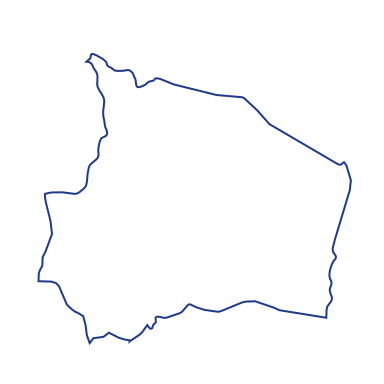 map outline of Negeri Sembilan (Mercator projection), rotated 356°
{"feature_id": "MYS-1146", "entity_name": "Negeri Sembilan", "entity_type": "State", "adm_level": 1, "iso_a3": "MYS", "parent_name": "Malaysia", "parent_adm1": "", "projection": "mercator", "projection_center": [102.11, 2.837], "detail": "fine", "context": "isolated", "style": "outline", "palette": "blue", "viewbox_px": 384, "rotation_deg": 356, "n_neighbors": 0, "source": "natural_earth", "source_scale": "10m", "svg_char_len": 2718}
<svg xmlns="http://www.w3.org/2000/svg" viewBox="0 0 384 384"><g transform="rotate(356 192 192)"><path d="M119.3,336.7L119.4,335.6L114.0,334.3L108.9,332.3L99.3,326.6L93.6,330.3L83.4,331.0L79.4,335.6L77.1,327.5L76.5,317.2L74.8,308.2L69.4,304.4L67.1,303.3L64.0,300.7L59.3,295.6L52.8,276.8L50.0,273.4L45.6,271.6L32.7,270.3L33.5,262.3L35.4,258.3L37.3,255.6L37.8,253.2L38.3,247.5L38.8,246.0L41.6,241.4L49.4,224.2L48.8,211.0L45.4,191.6L45.0,186.6L45.1,183.8L45.8,183.5L50.2,182.8L53.0,182.7L62.9,183.3L74.9,185.7L76.1,185.7L78.0,185.2L80.2,184.0L84.2,181.1L85.9,179.4L86.9,177.9L87.9,174.4L89.1,166.7L90.7,160.6L91.5,158.9L92.2,157.8L92.9,157.1L98.8,152.8L100.1,151.6L100.8,150.3L101.4,148.1L101.5,146.8L101.3,144.2L102.1,139.8L103.4,135.6L104.3,133.6L105.2,132.2L106.1,131.7L108.7,130.6L110.4,129.7L111.2,128.6L111.5,127.3L111.2,124.9L109.8,120.4L109.5,115.2L108.8,110.3L109.0,105.6L110.8,95.6L110.6,93.1L110.4,91.9L109.6,89.8L109.1,88.8L108.7,87.7L106.6,84.1L105.4,81.1L105.1,79.9L104.9,78.5L105.8,69.9L105.7,68.7L105.5,67.5L104.7,65.4L102.6,61.7L101.5,58.5L100.4,56.7L99.6,56.0L97.8,55.0L95.8,54.7L97.5,53.3L98.3,52.8L99.2,52.2L99.9,51.4L100.3,50.3L100.5,49.2L100.9,48.1L101.6,47.3L103.5,47.7L106.4,49.1L112.5,53.2L114.7,55.4L115.9,57.4L116.0,58.7L116.4,59.8L117.0,60.6L117.8,61.2L119.7,62.2L121.3,63.6L122.0,64.2L123.1,65.2L124.2,65.6L126.0,66.0L132.1,66.3L136.4,65.8L137.7,66.1L139.0,66.9L140.7,68.6L141.5,70.1L142.6,73.7L143.1,74.7L143.4,75.7L143.6,76.9L143.7,80.8L144.0,82.0L144.4,83.0L145.4,83.6L147.0,83.7L150.0,82.9L153.0,81.6L155.5,79.7L156.4,79.2L157.5,78.8L161.1,78.2L162.0,77.7L162.7,77.0L163.3,76.1L165.2,76.2L168.2,77.0L181.3,83.4L221.7,96.5L224.1,97.1L248.9,101.0L251.1,102.5L264.0,116.5L264.5,117.4L274.1,129.8L339.4,174.4L340.4,174.8L341.4,175.1L342.5,174.9L343.4,174.5L344.1,173.8L344.9,173.2L345.7,172.9L347.9,176.2L351.3,191.5L349.5,201.3L331.3,249.2L328.4,258.0L328.4,259.6L328.5,261.5L330.0,264.0L331.0,266.1L331.0,267.4L330.6,268.5L328.5,270.7L327.5,272.1L326.4,274.1L324.5,278.6L323.7,281.5L323.2,285.1L323.4,286.8L323.8,288.5L324.4,289.9L324.9,292.5L324.5,294.1L322.8,298.1L322.5,299.7L323.2,303.5L324.1,306.3L324.2,307.5L323.9,309.2L323.1,310.8L319.1,315.5L318.1,318.4L317.2,326.8L270.9,316.0L266.1,313.3L247.3,305.4L237.5,305.1L234.2,305.7L212.2,313.0L209.6,313.3L196.3,310.5L188.1,307.2L182.6,304.1L181.5,303.9L180.7,304.0L179.6,304.8L174.2,310.3L173.1,311.1L171.5,312.0L157.8,315.6L156.0,315.7L149.7,314.0L148.1,314.1L147.2,314.5L146.9,315.1L146.8,315.9L146.9,319.2L146.4,320.0L145.8,320.5L144.7,321.1L144.0,322.1L142.8,325.0L141.8,325.5L140.8,325.4L140.0,324.6L139.4,323.8L138.1,321.6L132.7,328.2L129.8,330.7L119.4,336.6L119.3,336.7Z" fill="none" stroke="#1e3a8a" stroke-width="2"/></g></svg>